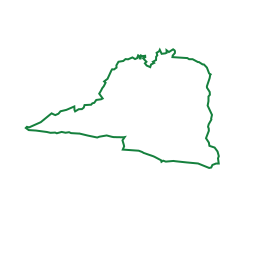 Juncos, Puerto Rico, rotated 70°
{"feature_id": "32010507B4476069881606", "entity_name": "Juncos", "entity_type": "district", "adm_level": 2, "iso_a3": "PRI", "parent_name": "Puerto Rico", "parent_adm1": "", "projection": "robinson", "projection_center": [-65.917, 18.206], "detail": "fine", "context": "isolated", "style": "outline", "palette": "green", "viewbox_px": 256, "rotation_deg": 70, "n_neighbors": 0, "source": "geoboundaries", "source_scale": "gbopen_adm2", "svg_char_len": 1825}
<svg xmlns="http://www.w3.org/2000/svg" viewBox="0 0 256 256"><g transform="rotate(70 128 128)"><path d="M192.4,54.9L187.3,53.8L185.5,52.3L180.7,51.9L176.0,53.3L172.6,57.6L169.4,57.0L164.3,58.2L158.3,53.0L156.0,52.3L154.3,52.4L152.1,50.9L148.6,46.8L147.7,46.7L144.4,44.6L134.2,45.5L130.3,43.2L125.9,41.6L124.8,39.7L122.1,38.9L117.1,40.0L115.8,39.6L108.9,34.1L106.5,32.8L105.9,32.0L104.5,33.1L98.2,33.2L94.3,34.9L93.7,36.2L90.3,38.8L90.0,39.7L85.4,43.8L84.3,47.0L82.6,48.3L76.6,62.0L75.2,61.2L73.6,58.3L71.8,57.6L70.8,57.8L69.5,58.7L70.6,63.6L68.1,65.2L70.5,65.9L70.6,67.5L69.8,71.0L65.4,71.4L66.6,72.6L67.1,75.4L69.7,75.6L70.7,77.2L73.7,78.4L74.3,81.9L75.8,81.2L76.2,84.6L78.4,86.3L75.7,89.1L73.0,90.0L72.1,88.0L67.6,90.0L67.4,87.6L66.0,87.2L65.4,89.9L64.3,91.0L67.0,92.5L66.6,93.3L64.1,92.9L63.2,93.6L65.5,95.6L65.6,97.8L63.2,99.7L63.5,104.4L62.4,106.8L63.4,109.5L62.5,114.3L65.2,117.5L67.3,118.1L68.2,121.1L67.4,122.8L68.4,124.1L74.8,130.4L76.1,134.5L77.8,133.6L80.5,136.5L81.7,138.5L83.7,140.6L85.9,143.3L91.6,141.7L91.8,143.5L90.8,148.2L92.8,151.1L92.6,153.0L93.5,154.7L91.6,161.0L93.7,162.6L94.5,164.9L93.5,167.8L94.3,172.0L92.7,172.1L89.4,171.1L89.9,179.7L89.2,185.7L90.8,188.5L91.0,191.9L89.9,193.1L88.1,194.8L92.7,208.0L93.6,220.7L92.3,222.6L93.0,224.0L96.0,222.0L98.9,215.4L104.0,205.6L106.0,202.5L107.4,198.0L108.6,196.7L109.0,191.7L111.1,188.3L111.8,184.8L113.3,183.3L116.5,175.9L116.5,175.7L121.4,168.3L126.4,160.2L126.4,159.0L126.4,157.8L127.7,150.6L130.8,146.1L131.7,144.5L135.2,135.4L135.4,134.2L137.7,137.4L142.3,137.7L143.9,137.9L146.5,140.3L153.0,125.7L155.4,122.9L156.8,121.8L163.3,113.8L164.3,112.8L169.6,108.0L171.2,108.1L170.7,106.2L172.5,104.0L174.5,96.6L175.4,94.9L180.2,85.1L185.3,74.3L193.3,65.4L193.6,63.3L191.6,61.3L191.5,57.5L192.4,54.9Z" fill="none" stroke="#15803d" stroke-width="2"/></g></svg>